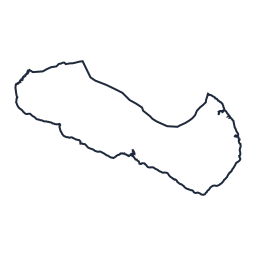 South Erromango, Tafea, Vanuatu (Robinson projection)
{"feature_id": "77236927B89058038610930", "entity_name": "South Erromango", "entity_type": "district", "adm_level": 2, "iso_a3": "VUT", "parent_name": "Vanuatu", "parent_adm1": "Tafea", "projection": "robinson", "projection_center": [169.191, -18.905], "detail": "fine", "context": "isolated", "style": "outline", "palette": "slate", "viewbox_px": 256, "rotation_deg": 0, "n_neighbors": 0, "source": "geoboundaries", "source_scale": "gbopen_adm2", "svg_char_len": 5780}
<svg xmlns="http://www.w3.org/2000/svg" viewBox="0 0 256 256"><path d="M29.5,70.0L29.3,70.4L28.4,70.6L28.5,71.0L28.2,70.9L28.3,71.4L27.6,71.4L27.5,71.8L27.9,71.8L28.1,72.7L27.7,73.6L27.1,73.8L26.8,73.6L26.5,73.7L26.2,74.4L25.4,74.7L25.4,75.0L25.5,75.5L25.4,75.9L24.6,76.4L24.2,76.3L24.2,76.7L24.0,76.8L23.6,76.8L23.2,77.0L23.2,77.5L22.9,77.5L22.8,77.9L22.5,78.0L22.4,78.4L22.7,78.7L22.7,79.0L22.3,79.8L21.9,79.7L22.1,80.2L21.8,80.3L21.4,80.2L21.1,80.2L20.8,80.1L20.3,80.3L20.1,80.6L20.0,81.0L19.8,81.4L19.8,81.7L20.1,82.2L19.6,82.3L19.3,82.6L19.0,82.7L18.7,82.6L18.4,82.9L18.3,83.3L17.8,83.1L17.4,83.4L17.5,83.8L17.1,84.0L16.3,83.9L15.7,84.9L15.8,85.2L15.4,87.4L15.6,88.2L15.5,88.9L15.9,90.6L16.0,92.5L16.2,93.2L16.5,95.2L16.9,96.6L17.3,97.1L16.9,97.5L16.9,98.4L16.5,98.9L16.5,100.4L16.1,102.0L17.5,105.7L18.4,106.9L18.6,107.6L22.4,110.5L23.1,111.7L23.8,112.2L24.4,112.9L25.0,113.4L26.3,114.0L26.9,114.1L28.6,113.7L29.9,113.8L30.4,114.0L31.7,115.3L33.2,116.4L34.2,116.9L35.4,117.9L36.2,118.8L37.3,119.4L38.6,119.5L40.4,120.2L41.7,120.3L44.2,121.4L46.3,121.4L47.4,121.8L48.4,121.8L49.2,122.1L51.3,122.5L52.0,123.0L52.8,123.5L53.6,123.5L54.9,124.1L56.0,124.2L56.8,124.4L57.9,124.2L58.3,124.4L58.7,124.1L59.2,123.9L59.6,124.0L60.0,124.4L60.2,125.0L59.6,126.3L59.5,127.1L60.7,131.4L61.2,131.9L62.2,134.0L63.5,135.6L64.3,136.2L66.6,137.2L68.0,137.2L69.3,137.8L70.2,137.4L72.1,137.4L73.1,138.1L74.2,138.5L76.0,139.5L79.1,140.1L79.9,140.8L80.5,141.7L80.3,142.3L80.3,142.8L80.5,143.7L82.0,143.4L83.0,144.0L84.8,144.1L85.8,144.9L87.1,146.5L87.9,147.4L89.8,148.4L91.8,149.0L93.4,149.7L95.1,150.9L97.2,151.6L98.2,151.8L99.6,151.5L100.3,151.6L102.5,152.6L103.3,153.2L103.8,153.3L105.3,154.4L105.8,154.6L106.5,155.3L107.8,155.6L108.4,155.9L109.7,156.9L111.3,157.6L111.7,157.5L113.5,158.0L116.1,156.3L116.3,156.0L116.7,155.7L117.9,155.0L118.4,155.0L119.7,154.4L120.0,153.9L120.3,153.9L120.4,153.6L120.7,153.4L121.5,153.5L122.2,153.3L123.1,153.8L124.2,153.3L124.5,153.4L124.6,153.7L125.1,154.3L126.6,154.6L127.0,155.1L127.9,155.4L128.4,156.0L128.7,156.1L129.2,155.9L129.3,155.4L130.5,155.1L130.9,154.2L131.8,153.6L132.2,153.6L133.2,154.0L133.7,154.0L133.9,153.8L134.2,153.4L133.7,152.6L134.0,152.7L134.0,152.4L132.3,149.3L134.0,151.9L134.3,153.2L134.4,153.3L134.4,152.8L134.5,153.2L134.5,153.5L134.1,154.0L133.3,154.4L132.5,153.9L131.9,153.9L131.7,154.4L131.3,154.7L131.4,155.0L131.8,155.4L132.3,155.7L132.5,156.2L132.9,156.2L133.4,156.4L135.5,159.5L136.5,159.5L136.8,159.7L137.4,160.6L138.7,161.4L139.1,162.2L139.5,163.7L140.6,164.0L141.3,163.9L141.6,163.5L142.2,163.2L144.5,163.4L145.0,163.8L145.1,164.3L146.2,165.0L147.0,166.3L147.8,167.0L149.4,167.5L150.4,167.3L151.8,167.3L152.7,167.3L153.6,167.5L154.8,168.5L156.7,169.4L158.3,170.3L159.3,171.2L161.0,171.8L161.9,172.4L163.3,172.7L164.5,172.5L166.8,172.8L167.9,173.5L169.0,175.3L170.1,176.6L172.4,178.1L173.4,179.0L174.1,179.1L174.3,179.6L174.6,179.7L175.4,179.5L176.1,180.0L177.2,181.3L177.2,181.6L177.6,182.2L178.3,182.6L179.7,183.8L181.5,184.4L182.9,185.5L183.6,185.9L184.5,187.1L186.0,188.3L187.5,189.0L188.0,189.0L188.4,189.3L189.8,189.7L191.0,190.3L191.7,190.2L192.6,190.5L193.1,191.0L193.8,192.2L194.9,192.8L195.6,193.0L197.6,192.6L198.5,192.8L200.3,193.6L200.6,194.0L200.9,194.2L202.0,194.6L203.1,194.8L204.9,194.3L205.4,193.6L205.7,192.9L206.8,192.1L207.1,191.3L207.7,190.5L208.6,190.0L208.8,189.7L209.1,189.4L210.1,187.9L210.6,187.3L212.7,185.8L213.8,185.6L215.2,185.6L216.2,185.9L217.1,185.8L219.2,185.0L220.1,184.1L221.2,183.6L223.5,181.1L223.7,180.5L224.2,179.7L224.6,179.4L225.1,179.2L226.4,177.6L227.0,177.1L227.6,175.7L227.9,175.3L228.2,174.6L228.7,174.2L228.9,173.6L229.2,173.1L230.5,172.3L230.7,172.0L230.6,171.7L231.2,171.3L231.7,170.8L232.3,169.4L233.9,167.3L234.4,166.2L235.3,164.9L235.6,164.0L236.3,162.7L237.2,162.4L237.7,161.9L238.5,161.5L239.8,160.2L240.1,159.6L240.3,158.8L239.7,157.4L239.3,156.9L239.4,156.6L239.2,155.9L239.9,155.5L240.4,153.7L240.0,151.3L239.7,150.6L239.7,149.9L239.9,149.3L239.9,148.8L240.6,146.7L240.6,145.1L240.5,144.5L240.2,144.1L240.3,143.8L239.6,143.4L239.2,142.9L239.2,142.6L238.8,141.5L238.8,140.5L239.3,140.1L239.1,139.8L239.2,139.4L239.4,139.2L238.8,138.9L238.6,138.4L238.6,137.6L238.2,136.8L237.5,136.4L236.8,136.8L236.3,136.7L236.2,136.5L236.1,135.8L235.3,136.1L234.3,136.9L234.8,136.2L235.7,135.4L236.3,135.7L236.7,136.0L237.2,135.9L237.6,136.0L238.1,135.4L238.2,134.3L238.0,133.6L236.4,131.2L235.7,129.2L234.6,127.1L234.6,126.6L234.1,124.6L233.8,122.7L233.5,121.9L233.6,121.2L233.1,120.5L232.2,119.7L231.8,118.9L230.7,117.9L230.3,117.6L229.9,117.7L230.2,117.1L229.6,116.2L229.1,116.1L228.3,116.3L228.8,115.6L228.8,115.2L227.3,113.4L226.0,111.3L224.9,110.5L223.8,110.7L223.2,111.3L222.9,111.8L222.4,112.1L221.8,111.4L221.4,111.3L220.2,111.1L218.9,111.7L218.9,111.9L219.2,112.9L218.7,114.0L218.8,114.8L218.8,115.0L218.6,114.0L219.0,112.8L218.6,111.7L220.0,111.0L221.4,111.0L222.0,111.2L222.6,111.0L223.1,110.4L223.9,110.2L224.4,110.3L224.4,109.6L224.1,108.4L223.4,107.1L223.3,105.9L222.6,104.6L222.6,104.1L221.0,102.3L220.7,102.3L219.8,101.8L219.5,101.4L218.6,100.7L218.1,100.6L218.1,100.3L216.9,99.2L216.8,98.8L215.3,98.4L215.3,98.0L214.7,97.3L212.4,96.0L211.1,95.1L210.8,95.2L210.3,95.0L210.1,95.0L209.2,94.6L208.5,95.0L208.6,94.8L208.4,94.5L208.5,94.1L208.0,93.7L207.8,94.1L207.3,96.3L206.1,99.8L205.8,102.3L202.9,105.1L200.1,107.3L196.9,110.8L195.1,115.2L192.3,118.3L189.4,120.5L185.3,123.0L179.8,125.5L177.5,126.8L167.2,126.2L156.7,121.5L152.4,118.8L150.0,116.2L143.2,110.8L142.0,107.5L135.9,103.5L129.7,100.1L122.4,92.8L114.4,88.8L105.8,84.7L95.4,80.7L90.5,77.4L82.6,61.2L79.2,61.7L74.9,62.8L72.5,63.3L70.4,63.3L65.8,64.1L64.4,62.7L62.8,62.7L60.9,63.6L58.9,63.9L56.4,66.4L51.1,67.2L46.9,69.1L42.7,71.4L32.9,72.1L29.5,70.0Z" fill="none" stroke="#1e293b" stroke-width="2"/></svg>